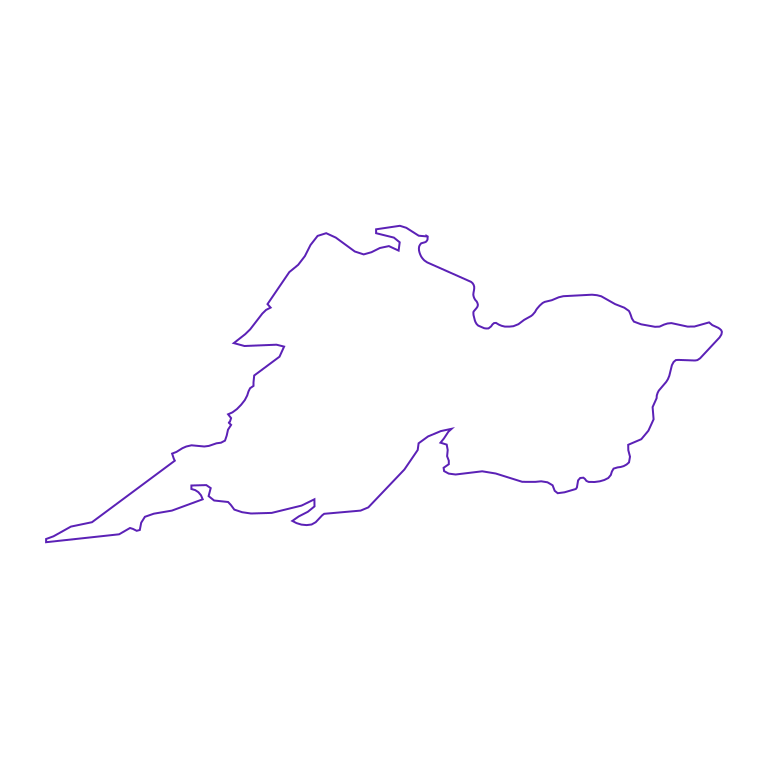 Clare, Robinson projection
{"feature_id": "IRL-76", "entity_name": "Clare", "entity_type": "County", "adm_level": 1, "iso_a3": "IRL", "parent_name": "Ireland", "parent_adm1": "", "projection": "robinson", "projection_center": [-8.993, 52.861], "detail": "fine", "context": "isolated", "style": "outline", "palette": "violet", "viewbox_px": 768, "rotation_deg": 0, "n_neighbors": 0, "source": "natural_earth", "source_scale": "10m", "svg_char_len": 3410}
<svg xmlns="http://www.w3.org/2000/svg" viewBox="0 0 768 768"><path d="M529.6,481.9L522.2,481.8L495.7,473.5L482.2,471.3L455.6,474.5L448.7,473.6L444.1,471.1L443.6,467.8L448.8,464.2L448.8,460.7L447.1,456.2L447.7,450.0L446.7,444.6L440.5,442.7L443.9,438.5L448.4,431.7L451.6,428.8L440.8,431.1L428.1,436.4L418.6,443.3L417.7,450.0L404.4,469.5L368.3,507.4L360.6,510.6L324.2,513.8L322.2,515.3L315.7,522.2L311.6,524.5L306.6,525.1L301.4,524.6L296.5,523.1L292.3,520.9L298.8,516.4L307.8,511.8L314.5,506.4L314.4,499.3L301.5,505.6L271.7,512.9L251.0,513.5L242.1,512.2L234.3,509.6L230.9,505.0L228.1,502.0L214.1,500.5L208.6,496.1L210.7,488.1L206.3,485.1L191.4,485.5L191.4,489.0L195.2,490.1L198.4,492.2L201.0,495.3L202.7,499.3L171.9,510.6L153.8,513.7L144.9,516.8L141.2,522.7L139.8,530.0L136.7,530.8L132.9,528.9L130.0,528.0L119.1,534.3L46.1,542.2L46.1,539.0L53.5,536.3L70.9,526.6L92.0,522.2L174.8,460.7L173.8,458.7L172.1,453.6L176.5,451.9L182.4,448.2L186.3,446.5L191.5,445.3L204.3,446.5L208.9,445.9L216.5,443.3L221.0,442.7L225.0,440.6L226.7,435.6L228.0,429.7L231.1,424.9L228.9,422.8L228.9,422.5L229.9,421.7L231.1,418.1L228.1,414.3L232.4,412.4L236.9,409.1L241.1,404.8L244.8,400.1L247.2,395.5L248.5,391.4L250.1,388.2L253.5,385.9L253.5,382.4L254.2,375.5L279.5,356.7L284.1,346.6L276.5,344.7L244.5,346.0L233.8,343.1L245.3,334.1L250.2,329.3L262.3,313.6L266.1,309.9L270.6,307.6L267.5,304.1L289.3,272.1L298.2,264.8L304.9,256.1L310.5,245.0L317.6,235.9L326.2,233.2L335.8,237.6L354.8,251.5L363.7,254.4L371.5,252.2L379.9,248.0L388.9,246.1L398.6,250.6L399.7,242.3L393.9,237.6L376.1,233.2L376.1,229.3L399.9,225.8L406.3,227.8L418.7,235.7L426.5,236.4L426.5,235.8L427.7,236.5L427.5,239.6L426.9,240.7L425.8,241.9L424.8,242.3L421.2,243.3L420.1,244.6L419.2,246.3L418.9,248.3L419.0,250.4L419.5,252.5L420.1,254.2L420.9,256.0L421.8,257.5L423.0,259.0L424.3,260.4L427.2,262.4L471.1,281.9L472.6,283.2L473.6,284.8L474.2,286.7L474.2,288.7L473.9,290.7L473.5,292.7L473.3,294.8L473.7,296.7L474.4,298.5L475.4,300.1L476.7,301.5L477.5,303.2L477.9,304.9L477.5,306.6L476.5,308.1L474.2,310.8L473.6,311.6L473.4,312.3L473.4,313.3L473.5,315.0L474.9,320.6L475.6,322.3L476.6,324.0L478.2,325.6L484.2,328.2L486.3,328.5L488.5,328.4L491.1,326.4L492.4,324.5L494.0,323.1L496.0,322.9L498.8,324.6L501.6,325.8L504.9,326.6L509.5,326.6L513.4,326.2L518.4,324.2L524.1,319.9L531.1,316.0L532.6,314.8L535.1,311.9L536.1,310.0L537.1,308.6L539.7,305.6L542.6,303.0L544.7,301.9L551.8,300.2L558.7,297.3L563.3,296.2L592.0,294.7L597.0,295.2L601.3,296.3L615.1,304.1L624.3,307.7L628.9,310.9L629.7,312.4L630.7,314.9L631.9,318.5L633.9,321.6L641.1,324.3L655.0,326.8L659.6,326.6L664.0,324.6L667.5,323.5L671.4,323.1L687.6,326.6L694.5,326.5L709.1,322.4L712.3,325.1L718.2,327.8L719.8,328.9L721.2,330.2L721.9,331.9L721.4,334.5L719.6,337.4L700.1,358.3L697.4,360.1L695.0,360.5L678.2,359.9L675.8,360.1L673.6,362.0L671.9,365.2L669.3,375.8L667.9,379.2L666.2,381.9L658.8,390.6L657.7,392.7L656.8,395.4L656.6,398.2L652.6,407.1L653.6,419.3L648.4,430.7L641.3,439.2L628.2,444.8L628.3,450.2L630.0,456.7L629.0,462.4L626.6,464.5L623.7,466.1L620.6,467.0L617.6,467.4L613.6,468.6L611.9,471.5L610.8,475.0L608.3,478.0L604.3,480.0L599.8,481.3L594.6,482.0L588.6,481.9L586.4,480.9L585.0,479.0L583.4,477.7L580.2,478.0L578.1,480.4L576.9,487.5L575.8,489.0L564.5,492.3L557.7,493.2L554.7,490.8L552.6,485.3L547.5,482.3L541.2,481.3L535.0,481.9L534.9,481.9L534.6,481.9L529.6,481.9Z" fill="none" stroke="#5b21b6" stroke-width="2"/></svg>